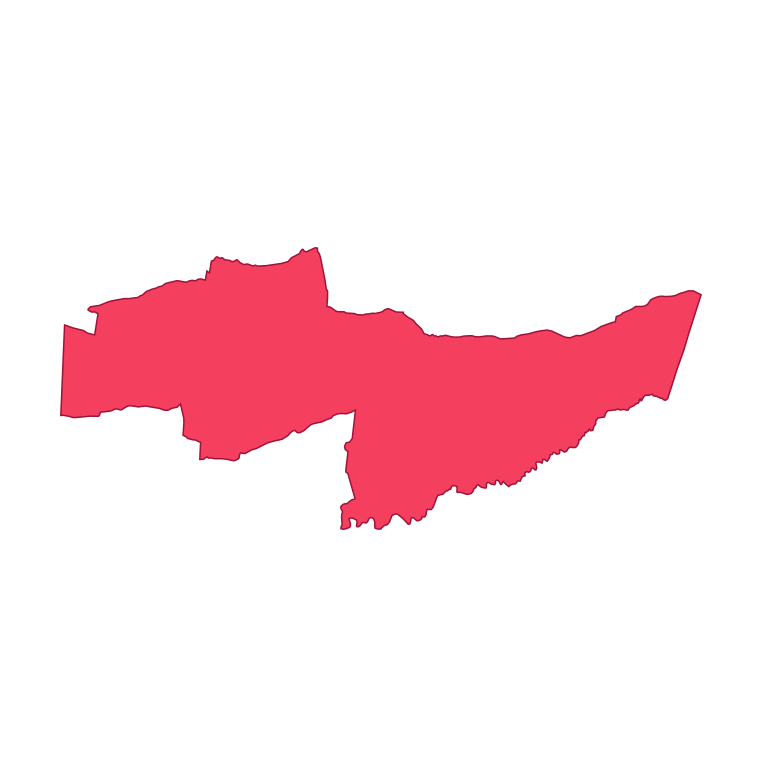 Acuamanala de Miguel Hidalgo, Tlaxcala, Mexico, rotated 354°
{"feature_id": "50627088B41690170063665", "entity_name": "Acuamanala de Miguel Hidalgo", "entity_type": "district", "adm_level": 2, "iso_a3": "MEX", "parent_name": "Mexico", "parent_adm1": "Tlaxcala", "projection": "equal_earth", "projection_center": [-98.159, 19.216], "detail": "fine", "context": "isolated", "style": "filled", "palette": "rose", "viewbox_px": 768, "rotation_deg": 354, "n_neighbors": 0, "source": "geoboundaries", "source_scale": "gbopen_adm2", "svg_char_len": 6155}
<svg xmlns="http://www.w3.org/2000/svg" viewBox="0 0 768 768"><g transform="rotate(354 384 384)"><path d="M664.7,428.0L677.5,398.8L685.9,381.3L692.6,365.1L708.7,328.4L701.3,323.7L696.2,323.2L690.6,324.5L688.3,324.7L682.9,326.5L679.0,326.8L673.3,326.5L669.4,325.7L666.0,325.7L660.4,327.1L657.9,328.3L654.5,332.3L652.0,333.5L649.3,333.9L642.2,333.2L640.2,334.5L635.9,336.3L629.0,338.2L626.6,340.1L622.1,341.2L620.5,346.4L617.2,346.7L605.9,349.5L599.1,352.8L584.8,356.5L580.3,355.9L573.8,357.5L568.8,356.3L556.5,349.0L552.0,347.4L545.7,347.5L540.8,347.9L532.9,349.2L525.7,349.5L521.3,350.4L518.8,351.8L516.9,351.9L504.5,351.3L498.5,348.1L495.8,347.4L490.6,346.9L483.3,347.1L479.7,346.5L476.5,345.2L472.8,344.9L468.0,344.7L464.6,345.2L460.2,344.9L456.3,344.2L450.1,341.9L447.6,342.4L445.0,342.1L443.4,342.7L441.9,342.6L440.7,341.5L439.7,341.6L438.6,341.2L437.9,340.1L437.3,339.9L436.5,340.1L435.6,340.8L434.2,340.8L431.9,339.3L429.3,338.2L428.7,337.5L427.8,334.7L426.9,333.0L422.2,327.5L420.3,324.5L419.5,323.5L414.8,320.1L410.7,316.2L410.8,314.7L403.7,313.7L396.6,309.7L395.5,309.5L392.6,310.2L389.9,311.8L388.3,312.3L382.6,312.9L380.0,312.4L375.5,312.8L373.7,312.5L370.2,313.2L364.6,312.2L361.8,310.8L354.0,309.5L351.8,308.0L345.7,307.3L343.9,306.5L338.9,302.1L335.3,300.8L336.8,292.9L337.6,285.8L336.5,283.3L336.1,273.4L334.1,251.8L333.4,248.0L331.7,244.8L332.1,242.0L329.8,241.3L320.9,244.4L318.6,243.8L317.9,241.9L316.8,241.5L315.1,243.0L313.8,245.4L305.1,248.8L301.3,252.3L294.3,253.4L278.9,254.0L270.6,253.5L268.4,252.4L265.9,252.9L260.9,250.4L256.8,250.5L253.2,248.0L251.0,245.1L250.0,245.2L248.3,246.1L245.7,246.5L243.6,245.0L238.5,243.7L236.4,241.5L233.7,241.8L231.7,240.3L230.7,240.1L230.1,240.4L227.4,243.2L225.2,243.7L222.0,255.3L219.7,253.1L217.2,262.0L212.7,260.3L209.5,260.5L207.6,261.8L203.9,260.8L200.8,261.2L198.1,262.1L189.1,259.6L178.8,260.9L177.2,261.2L173.5,263.4L169.5,263.9L168.2,264.6L163.0,265.5L157.4,267.1L153.0,270.3L150.4,271.0L148.3,272.2L139.2,272.4L134.7,271.9L121.6,272.9L117.9,273.6L109.2,276.1L100.3,276.5L97.4,278.7L97.7,279.8L100.8,281.9L103.9,282.1L106.9,284.3L101.4,304.9L94.2,302.3L90.9,299.5L80.3,295.6L72.5,291.9L59.3,381.5L61.6,381.6L67.8,383.3L70.6,384.6L72.8,385.1L88.7,385.3L96.5,386.3L97.5,385.7L98.9,382.7L99.7,382.4L107.6,382.4L111.1,381.9L113.1,380.9L115.4,380.8L119.1,382.2L120.2,382.2L125.6,379.6L128.0,379.0L130.9,379.4L137.3,381.1L144.5,381.0L158.2,384.8L162.8,387.1L166.4,387.5L170.9,385.9L175.7,385.5L179.5,382.7L181.3,396.9L181.0,401.2L178.8,414.1L181.6,415.7L183.0,417.6L187.6,419.4L190.5,420.0L195.5,422.9L192.9,439.8L196.6,440.0L200.3,438.0L201.6,439.3L204.7,439.5L207.6,440.6L214.6,441.3L219.0,442.2L226.5,444.6L228.2,444.4L231.2,443.3L232.2,442.3L233.1,438.8L234.2,437.7L238.6,438.6L245.7,435.6L250.5,434.8L261.1,430.7L267.5,429.4L276.9,428.3L283.2,425.2L285.5,423.0L288.4,421.1L290.7,421.0L292.8,423.4L295.4,423.6L299.7,421.9L306.4,417.1L309.4,416.1L318.1,415.2L324.3,413.2L328.0,412.4L330.1,410.2L334.2,409.0L337.4,408.8L343.6,409.7L349.1,408.4L352.9,406.9L346.7,434.9L343.5,438.4L341.3,438.3L340.0,438.8L338.3,441.8L338.5,444.8L341.1,447.7L337.4,464.0L336.9,466.7L337.0,467.8L338.7,469.0L343.1,494.3L342.9,495.3L339.3,496.0L334.4,499.2L332.1,499.1L330.7,499.5L328.6,500.9L328.2,501.9L328.2,503.4L329.3,506.4L329.4,507.4L328.6,508.4L327.9,511.5L327.7,518.7L327.4,520.0L326.6,521.0L326.0,523.4L328.5,524.2L331.2,524.0L334.8,523.0L335.7,521.9L336.1,519.6L335.2,515.2L335.2,514.4L335.9,513.9L337.5,513.8L339.5,514.5L342.6,516.5L342.7,519.0L341.8,522.1L342.2,523.0L343.1,523.4L345.0,522.7L347.9,519.7L349.6,519.7L351.7,520.4L352.7,519.8L353.5,518.9L354.7,516.7L356.4,515.6L357.3,515.5L358.4,515.9L359.6,517.1L360.3,519.6L360.3,521.4L359.8,524.3L360.1,526.4L361.7,527.3L364.4,527.9L365.9,527.8L366.5,526.9L369.7,524.7L372.5,524.3L375.0,521.9L378.3,515.4L380.7,514.7L383.3,514.6L384.3,515.3L389.0,520.0L393.2,525.8L394.6,526.1L395.2,525.7L396.3,523.0L396.8,520.5L397.4,519.8L399.1,520.2L400.0,520.8L402.3,523.4L404.0,523.5L406.2,522.8L407.6,521.7L407.6,520.7L408.0,520.0L410.7,520.5L412.2,518.3L413.2,514.3L414.2,513.1L417.6,513.9L419.5,512.3L421.5,508.8L424.4,502.7L426.0,500.4L431.1,499.7L434.9,496.6L436.1,496.9L437.7,495.5L439.2,495.7L440.5,493.1L441.4,492.5L443.6,492.5L445.4,493.3L445.7,493.8L445.8,495.5L445.2,498.6L445.4,499.3L445.8,499.6L446.9,499.5L449.3,499.9L454.5,502.3L456.3,502.5L459.5,501.9L461.7,499.6L462.0,498.4L462.4,497.8L464.5,496.5L465.9,494.3L466.3,494.1L467.2,494.1L469.0,496.1L470.9,497.2L473.5,498.0L474.7,498.0L475.1,497.2L475.4,494.4L476.1,493.0L477.1,492.9L478.4,493.3L480.6,495.0L483.5,495.7L484.5,494.7L484.7,492.4L485.6,491.4L487.2,491.8L488.1,492.6L489.5,496.1L490.5,496.0L491.6,494.1L492.2,493.4L492.5,493.5L494.7,496.4L497.4,499.1L499.4,497.6L502.3,496.9L503.9,497.2L505.2,496.4L506.6,494.3L509.5,494.8L509.8,493.6L512.0,490.5L514.8,490.0L514.5,487.5L515.9,486.3L517.1,486.2L518.5,486.8L519.7,486.6L520.9,485.6L521.6,483.5L522.7,483.0L523.8,483.5L525.3,485.3L526.2,485.2L526.8,484.3L527.2,482.8L526.7,479.2L526.8,478.5L527.2,477.8L528.1,477.6L530.5,477.8L531.2,478.1L532.0,478.9L533.1,479.1L533.7,476.8L534.2,475.9L535.0,475.5L535.9,475.9L537.5,477.5L538.4,477.8L540.7,475.0L542.1,471.6L543.3,471.8L544.3,471.3L544.9,470.0L545.5,469.7L547.2,470.6L548.0,471.7L548.7,471.9L551.1,471.5L551.6,470.7L551.8,468.2L552.2,467.7L553.0,468.0L556.4,470.6L558.7,469.8L560.1,467.8L561.8,466.5L563.0,466.1L564.4,466.8L567.8,467.2L569.4,465.9L571.4,463.0L571.8,461.5L571.8,460.1L573.5,459.9L576.1,456.4L577.7,456.4L578.9,453.3L580.4,453.5L581.0,452.4L582.1,452.2L583.3,450.3L583.9,450.4L584.0,451.4L584.6,452.1L586.8,451.9L588.3,448.2L590.4,445.7L590.8,442.7L591.7,442.1L592.9,440.2L599.5,439.9L600.3,438.9L601.3,436.5L603.1,434.4L605.0,433.9L607.3,434.1L609.4,433.8L611.4,434.1L613.8,433.4L616.6,434.6L619.8,434.3L622.8,435.4L624.0,435.5L625.1,433.9L626.5,432.9L629.8,431.9L633.4,429.7L635.0,429.5L635.7,428.5L636.0,427.1L637.1,425.6L637.6,425.7L637.9,427.6L638.6,427.3L640.4,424.6L642.4,422.7L643.2,422.5L646.2,422.9L649.8,422.2L650.7,424.0L653.8,424.8L657.3,426.9L659.3,427.4L660.1,428.7L662.2,429.7L664.7,428.0Z" fill="#f43f5e" stroke="#9f1239" stroke-width="1.5"/></g></svg>